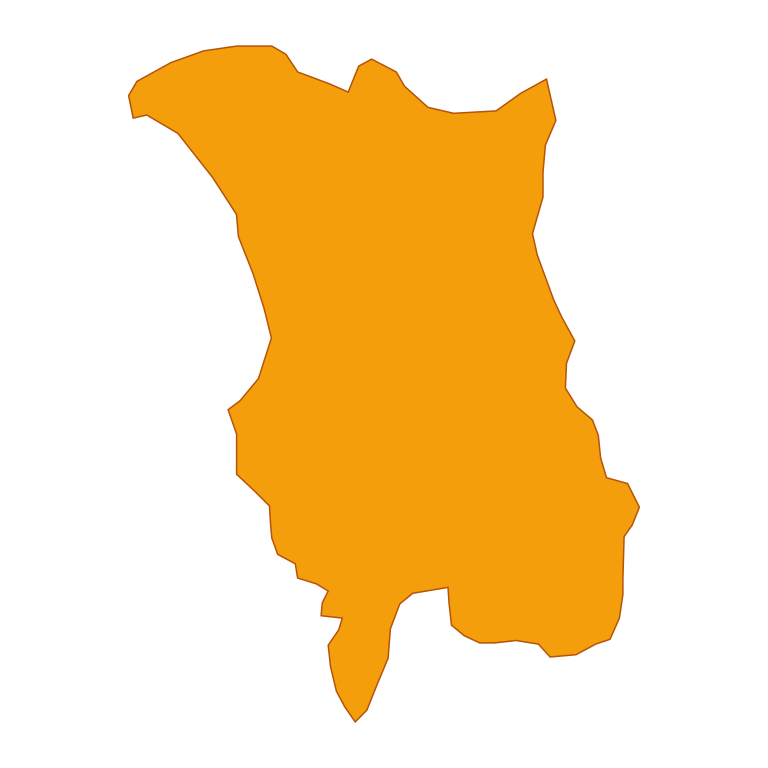 the district of Kalyvakia, Cyprus
{"feature_id": "46923920B14026353956813", "entity_name": "Kalyvakia", "entity_type": "district", "adm_level": 2, "iso_a3": "CYP", "parent_name": "Cyprus", "parent_adm1": "", "projection": "orthographic", "projection_center": [33.542, 35.261], "detail": "fine", "context": "isolated", "style": "filled", "palette": "amber", "viewbox_px": 768, "rotation_deg": 0, "n_neighbors": 0, "source": "geoboundaries", "source_scale": "gbopen_adm2", "svg_char_len": 1244}
<svg xmlns="http://www.w3.org/2000/svg" viewBox="0 0 768 768"><path d="M228.1,409.7L236.6,434.1L236.6,455.3L236.6,474.2L255.4,491.9L269.5,506.0L270.6,524.9L271.8,537.9L277.7,554.4L295.3,563.8L297.6,578.0L316.4,583.9L328.2,591.0L322.3,602.8L321.1,615.7L342.3,618.1L338.7,629.9L328.2,645.2L330.5,666.5L336.4,691.2L344.6,706.6L355.2,721.9L366.9,710.1L376.3,686.5L388.1,658.2L390.4,628.7L399.8,603.9L412.7,593.3L448.0,587.4L449.1,603.9L451.5,625.2L464.4,635.8L479.7,642.9L494.9,642.9L516.1,640.5L538.4,644.1L550.1,657.0L576.0,654.7L595.9,644.0L610.0,639.3L619.4,618.1L622.9,594.5L622.9,579.2L624.1,536.7L632.3,524.9L639.4,507.2L627.6,483.6L606.5,477.7L600.6,457.7L598.3,435.3L592.4,419.9L577.1,406.9L565.4,388.1L566.5,363.3L574.8,340.9L561.8,317.3L553.6,299.6L537.2,254.8L532.5,233.6L543.0,197.0L543.0,172.3L545.4,145.1L555.9,120.4L546.5,79.1L520.7,93.3L496.1,110.9L453.8,113.3L428.0,107.4L404.5,86.2L396.3,72.0L371.6,59.1L358.7,66.1L348.2,92.1L329.4,83.8L297.7,72.0L285.9,54.3L271.9,46.1L236.6,46.1L203.8,50.8L170.9,62.6L136.9,81.4L128.6,95.6L133.2,118.1L146.7,115.0L177.9,133.4L212.7,177.6L236.5,214.5L238.4,236.6L253.0,273.5L264.1,308.5L271.4,338.0L258.5,378.5L240.2,400.6L228.1,409.7Z" fill="#f59e0b" stroke="#b45309" stroke-width="1.5"/></svg>